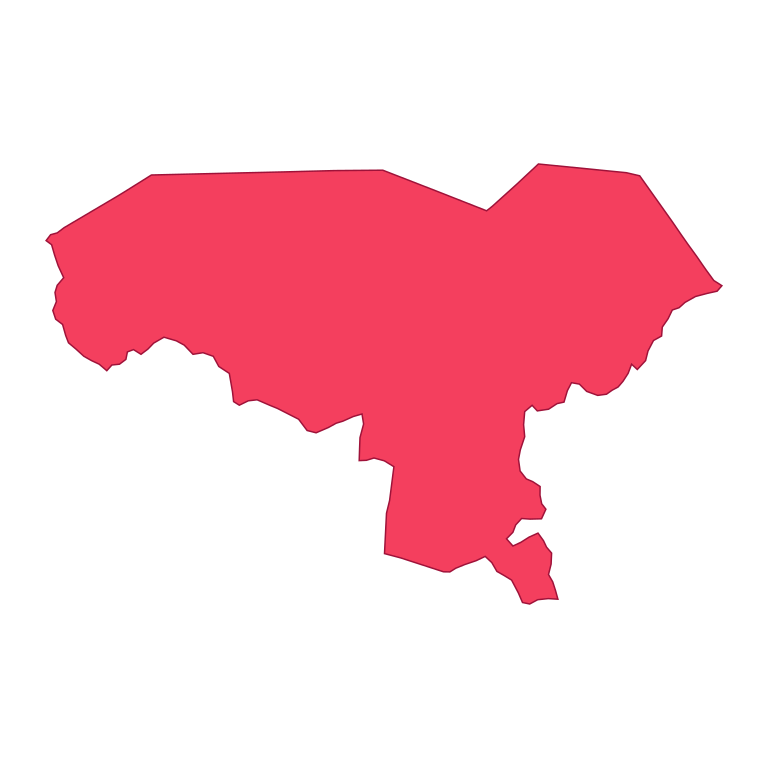 Igaci, Alagoas, Brazil
{"feature_id": "56859067B49327509467855", "entity_name": "Igaci", "entity_type": "district", "adm_level": 2, "iso_a3": "BRA", "parent_name": "Brazil", "parent_adm1": "Alagoas", "projection": "natural_earth1", "projection_center": [-36.674, -9.569], "detail": "fine", "context": "isolated", "style": "filled", "palette": "rose", "viewbox_px": 768, "rotation_deg": 0, "n_neighbors": 0, "source": "geoboundaries", "source_scale": "gbopen_adm2", "svg_char_len": 2080}
<svg xmlns="http://www.w3.org/2000/svg" viewBox="0 0 768 768"><path d="M548.3,598.6L557.9,599.2L555.5,590.5L552.7,581.8L548.5,574.5L551.1,564.1L551.6,553.1L546.5,547.1L543.5,540.7L538.0,533.1L529.1,537.1L520.9,542.3L512.9,546.0L506.5,538.8L512.9,532.3L515.7,524.9L521.6,518.5L530.1,519.1L541.5,518.8L545.9,509.2L541.7,503.8L540.0,495.2L540.1,486.5L532.8,481.7L526.3,478.9L520.1,471.0L518.5,459.4L520.3,449.9L524.7,436.7L523.6,424.7L524.7,411.6L532.1,405.3L537.3,410.9L548.6,409.2L557.1,403.6L564.0,402.1L567.4,390.6L571.5,382.7L579.4,384.1L586.7,391.4L597.7,395.4L606.5,394.2L612.3,390.1L618.1,387.0L623.0,381.3L628.1,373.4L631.6,364.2L637.3,369.5L645.6,360.6L648.0,351.0L653.5,340.5L661.6,336.0L662.3,327.1L668.1,318.7L672.3,310.0L679.1,307.7L685.0,302.4L695.5,296.5L707.2,293.4L717.1,291.2L721.9,285.7L713.8,280.5L706.2,270.1L701.8,263.8L697.0,256.8L692.8,251.0L688.0,244.4L681.2,234.7L672.5,222.0L639.7,175.8L626.4,172.7L538.4,164.0L516.0,184.9L498.6,200.6L492.4,206.2L486.6,210.8L440.1,192.5L382.8,170.2L334.6,170.6L303.1,171.4L284.6,171.9L232.4,173.1L151.4,175.0L124.1,192.1L116.7,196.6L64.2,227.6L57.2,232.9L50.6,234.7L46.1,240.6L51.6,244.7L54.6,255.1L58.2,265.8L63.7,277.7L57.2,285.3L55.0,292.5L56.4,301.6L52.8,310.5L55.7,319.2L62.6,324.5L65.7,335.5L68.5,342.8L76.0,349.1L83.9,356.3L91.5,360.6L99.2,364.2L106.8,370.7L111.9,365.0L119.5,364.2L125.9,359.4L127.4,351.9L133.5,349.6L141.0,354.3L147.9,349.1L153.7,343.1L163.9,337.2L176.3,340.8L184.2,345.1L193.0,354.3L203.0,352.7L213.3,356.3L218.8,366.5L229.3,373.4L232.5,391.8L233.6,401.6L239.3,405.2L248.3,400.8L257.1,399.8L269.8,405.3L277.4,408.4L298.6,419.2L307.1,430.5L316.1,432.8L328.4,427.5L336.2,423.2L342.8,421.2L353.3,416.5L362.0,414.0L363.6,424.0L360.0,437.6L359.6,447.9L359.2,460.6L366.4,460.3L374.0,458.0L384.3,460.8L393.9,466.7L389.6,500.5L386.5,513.2L384.5,553.6L400.7,557.9L443.5,571.8L449.9,571.9L455.8,568.2L464.6,564.6L476.1,560.7L485.2,556.4L491.8,562.6L496.9,571.4L504.1,575.5L511.6,580.1L518.4,593.0L522.5,602.5L529.7,604.0L537.7,599.7L548.3,598.6Z" fill="#f43f5e" stroke="#9f1239" stroke-width="1.5"/></svg>